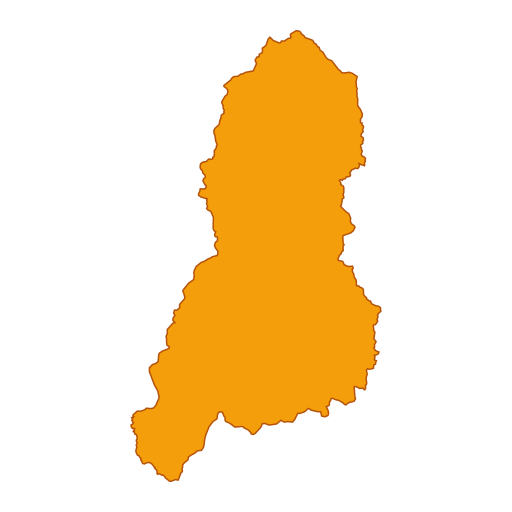 Aymaraes, Apurímac, Peru (Albers equal-area conic projection)
{"feature_id": "86281439B92095517476211", "entity_name": "Aymaraes", "entity_type": "district", "adm_level": 2, "iso_a3": "PER", "parent_name": "Peru", "parent_adm1": "Apurímac", "projection": "albers", "projection_center": [-73.254, -14.321], "detail": "fine", "context": "isolated", "style": "filled", "palette": "amber", "viewbox_px": 512, "rotation_deg": 0, "n_neighbors": 0, "source": "geoboundaries", "source_scale": "gbopen_adm2", "svg_char_len": 6060}
<svg xmlns="http://www.w3.org/2000/svg" viewBox="0 0 512 512"><path d="M300.6,32.2L299.1,31.1L296.2,30.7L290.5,34.1L290.4,35.5L291.0,36.9L290.6,38.0L288.3,38.4L284.3,41.1L281.5,41.0L280.6,42.6L279.9,42.8L278.9,42.9L273.3,40.5L269.9,37.2L268.1,39.2L265.9,45.6L262.2,48.3L262.6,50.1L262.2,52.7L259.3,54.2L259.0,56.7L257.0,57.0L255.2,59.9L255.4,61.3L256.4,63.2L256.2,64.4L253.3,70.9L245.4,72.4L242.9,73.8L240.6,74.2L238.0,76.2L233.4,76.7L231.3,78.8L230.9,79.9L223.9,85.4L224.0,86.5L226.5,88.4L227.6,89.9L227.8,92.2L227.0,94.8L225.0,96.2L221.8,101.8L221.9,103.1L223.0,105.3L223.2,108.5L224.3,110.3L223.8,111.8L224.1,113.2L221.4,115.1L220.6,118.9L219.7,121.0L219.2,124.5L215.1,128.2L213.9,130.4L214.0,133.0L214.9,135.4L215.7,141.0L217.2,144.8L216.4,146.0L216.3,147.9L214.2,150.8L214.4,153.7L213.9,156.8L212.8,157.2L212.7,158.7L211.9,159.3L208.6,159.1L206.2,161.6L203.1,162.0L200.8,163.5L200.4,164.3L200.1,167.3L200.5,168.7L202.4,171.0L202.8,173.0L204.8,175.0L205.3,176.6L205.1,177.5L203.6,178.8L202.9,180.9L204.9,184.6L206.4,186.0L205.5,188.5L204.7,188.9L200.2,188.9L199.7,191.6L198.7,193.3L198.5,195.2L200.7,196.9L207.1,198.8L206.6,199.5L207.1,201.8L206.5,203.2L207.6,206.7L206.6,208.4L207.6,209.8L210.8,211.4L213.4,217.3L213.1,228.4L214.0,230.7L215.7,231.6L214.6,234.6L215.0,236.3L215.6,236.8L217.1,236.8L217.5,237.4L217.4,240.6L215.4,242.4L214.5,245.6L215.6,248.2L218.0,251.4L217.5,255.0L217.3,255.5L212.4,256.7L210.5,258.1L208.4,258.7L204.0,261.5L201.2,262.4L196.1,266.6L194.2,270.6L193.8,273.0L194.2,275.4L193.6,279.7L188.8,283.0L183.2,289.9L182.8,291.1L183.9,293.7L184.9,297.6L184.3,299.2L180.0,303.9L179.5,305.0L179.8,307.4L177.0,310.2L174.5,310.1L173.6,313.1L174.9,315.4L173.1,318.1L172.8,320.1L174.9,322.6L173.1,323.0L167.3,329.4L167.3,333.8L166.0,336.4L166.5,338.0L166.6,343.0L167.0,345.2L169.2,346.7L169.3,347.8L167.4,349.2L162.8,350.9L159.5,353.0L158.8,354.3L158.1,361.7L155.2,363.8L152.5,364.5L149.4,367.7L149.4,371.7L154.4,384.9L157.7,390.8L159.0,396.5L159.0,398.1L155.8,405.4L153.6,408.0L150.8,408.6L146.3,408.2L145.0,409.6L141.0,411.2L137.3,411.1L133.1,414.8L133.0,416.5L133.8,416.6L133.3,417.6L131.7,417.6L132.5,418.7L131.8,420.2L132.6,421.0L132.7,422.2L133.5,422.8L132.3,424.5L131.3,424.6L131.1,426.4L131.7,427.7L132.7,428.6L134.5,428.4L134.3,430.9L133.7,430.7L133.3,431.6L134.5,432.3L134.9,434.2L136.5,434.7L137.0,436.7L137.2,438.8L136.3,440.1L136.4,441.3L137.2,443.0L136.2,445.0L136.8,446.7L135.8,451.2L136.8,454.0L137.7,455.3L138.7,455.5L140.2,457.9L140.9,458.3L140.7,460.0L141.7,461.1L142.6,463.5L144.7,463.9L146.4,462.9L149.0,462.4L151.4,463.5L154.0,466.5L154.3,467.6L155.0,467.6L155.2,468.9L156.7,470.2L157.4,472.7L156.9,473.3L157.3,473.9L158.0,474.3L159.4,473.7L161.9,475.2L163.6,475.3L165.5,477.9L169.6,481.3L171.5,481.1L175.4,479.6L178.2,480.1L180.9,472.9L182.4,471.6L182.1,468.8L182.7,466.9L182.6,465.0L184.3,462.8L187.9,460.0L188.4,457.2L190.4,455.5L194.7,453.2L197.5,450.8L201.3,450.4L202.2,449.4L203.8,446.4L204.8,438.7L205.7,435.2L209.1,426.6L213.1,421.4L216.9,418.9L217.6,414.5L218.2,413.0L220.0,411.7L222.5,412.4L224.0,416.2L225.0,417.3L225.1,420.3L225.6,421.4L229.4,423.0L235.0,427.1L241.0,426.5L243.3,426.8L243.9,427.8L248.2,429.9L250.7,432.5L251.2,433.8L252.1,434.3L253.5,434.4L255.3,433.3L260.2,428.0L261.4,426.3L262.1,423.8L265.2,423.5L268.4,424.9L269.8,425.0L276.7,423.9L281.0,420.3L284.1,422.1L287.7,421.6L292.7,422.1L294.9,419.2L297.7,413.4L299.8,413.4L304.7,411.7L308.2,408.5L309.4,408.8L310.7,410.0L317.1,411.6L320.7,411.8L321.6,416.0L324.9,416.8L327.8,415.6L328.4,414.5L328.5,412.3L328.2,410.8L326.3,406.6L328.6,405.8L329.4,404.8L329.5,401.8L330.5,400.8L331.3,398.4L332.9,398.4L334.8,399.4L339.5,400.7L343.3,403.1L344.5,404.4L345.9,404.9L348.2,402.9L354.2,401.2L355.5,398.7L354.8,396.2L354.2,386.7L354.7,386.4L357.3,387.1L359.5,388.4L363.0,388.2L364.2,389.7L365.0,389.7L365.6,388.3L365.5,385.4L366.4,384.4L366.7,383.1L366.1,377.9L367.2,374.3L366.4,370.1L367.4,368.8L369.3,369.3L373.4,368.4L373.8,364.9L375.6,364.1L375.5,362.8L376.4,360.7L374.3,359.8L375.0,356.9L374.3,355.3L377.4,354.5L378.5,353.4L378.9,352.0L376.2,351.0L374.5,349.3L373.9,347.8L374.7,347.1L374.4,344.8L376.1,341.7L373.9,338.8L374.9,332.2L373.8,330.5L373.3,325.5L374.1,324.7L375.5,324.6L377.7,321.3L377.0,319.6L378.0,316.8L377.5,314.9L378.6,313.2L380.9,311.3L380.5,310.3L380.6,307.8L378.3,306.1L375.7,305.8L371.4,303.6L370.5,301.0L369.0,301.0L368.2,300.0L366.9,299.5L366.6,297.8L364.4,295.9L363.5,294.0L363.4,289.7L362.9,288.8L361.7,287.8L360.0,287.3L358.7,285.9L356.5,285.8L356.2,280.1L354.3,277.2L353.7,273.8L352.3,271.8L352.6,270.8L352.1,269.3L353.2,268.4L352.6,266.2L348.3,266.5L344.3,264.8L342.7,261.4L338.6,260.5L337.9,259.2L339.4,255.4L341.1,253.8L342.1,251.1L343.2,250.8L343.0,246.6L344.1,244.7L343.2,243.8L342.8,236.7L343.3,235.5L350.6,233.0L353.3,230.8L355.0,227.2L354.3,225.8L351.2,223.6L350.3,220.6L350.7,218.3L348.8,213.6L346.1,211.9L340.5,206.3L341.3,205.1L342.2,200.6L342.1,199.2L343.9,197.7L343.1,193.9L343.8,192.7L343.8,187.3L343.1,186.0L340.7,184.5L340.9,183.1L339.4,180.3L340.4,179.6L342.4,180.3L343.1,179.1L345.4,178.7L346.2,176.9L348.7,176.7L350.3,175.9L350.5,174.5L349.5,172.9L350.8,171.7L350.8,171.0L351.7,169.9L355.8,168.1L357.3,168.6L358.1,168.2L358.8,167.4L359.4,165.4L359.1,163.5L361.5,164.9L363.1,165.0L364.3,165.8L364.7,165.1L364.4,163.2L365.4,161.1L365.0,160.3L365.5,158.4L364.1,156.9L362.7,156.4L361.4,155.1L361.3,154.1L362.3,150.9L361.5,150.3L361.4,147.8L360.5,146.5L360.8,144.9L362.7,143.6L362.9,141.1L363.4,140.2L363.2,137.8L360.9,136.2L361.4,133.6L363.2,131.7L362.7,130.0L363.5,127.0L363.2,125.8L361.9,124.9L362.1,123.0L360.8,122.8L360.3,122.2L360.6,120.8L360.3,119.8L362.2,116.3L362.3,113.7L360.2,109.1L358.0,106.2L357.6,104.8L357.7,98.7L356.9,96.2L357.1,93.5L356.6,90.9L357.2,88.6L356.5,87.1L356.0,81.6L357.2,76.6L352.5,73.4L349.4,72.3L343.6,73.0L341.7,72.6L340.5,71.0L338.3,69.3L331.7,60.7L329.3,59.9L327.0,58.5L325.6,56.8L323.1,52.4L320.0,50.1L319.2,47.4L317.5,46.6L316.2,44.2L313.8,42.8L313.6,41.7L312.6,40.3L305.0,37.5L304.0,35.8L301.4,33.8L300.6,32.2Z" fill="#f59e0b" stroke="#b45309" stroke-width="1.5"/></svg>